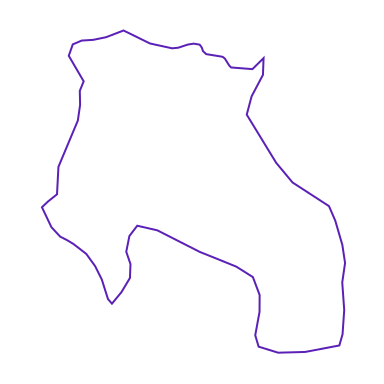 Zondoma, Equal Earth projection, rotated 268°
{"feature_id": "BFA-2818", "entity_name": "Zondoma", "entity_type": "Province", "adm_level": 1, "iso_a3": "BFA", "parent_name": "Burkina Faso", "parent_adm1": "", "projection": "equal_earth", "projection_center": [-2.349, 13.173], "detail": "fine", "context": "isolated", "style": "outline", "palette": "violet", "viewbox_px": 384, "rotation_deg": 268, "n_neighbors": 0, "source": "natural_earth", "source_scale": "10m", "svg_char_len": 962}
<svg xmlns="http://www.w3.org/2000/svg" viewBox="0 0 384 384"><g transform="rotate(268 192 192)"><path d="M323.3,268.2L306.6,267.0L285.5,254.9L267.4,249.4L218.3,277.1L198.0,292.8L173.1,328.4L158.3,334.2L133.9,340.4L115.7,342.5L96.4,339.0L68.7,340.0L44.6,337.5L33.5,333.9L28.2,299.5L28.4,272.5L35.1,253.2L46.6,250.2L69.8,255.3L86.7,256.0L104.8,249.9L115.9,233.6L131.9,197.6L154.9,156.0L160.2,136.1L150.2,127.9L134.6,124.2L122.1,128.0L108.3,127.0L94.4,118.0L83.2,108.1L87.9,104.3L107.7,98.8L121.3,92.6L133.8,84.2L144.1,71.8L148.1,65.7L152.0,58.7L161.7,50.3L182.0,41.5L187.5,47.7L194.4,57.0L221.8,59.4L267.4,80.4L282.9,83.2L297.0,83.4L306.4,87.6L332.4,73.6L343.7,78.0L347.2,87.1L347.5,98.6L349.7,111.5L355.8,129.2L341.9,155.2L336.3,177.1L336.7,183.4L339.5,193.0L340.2,198.9L339.0,204.8L336.1,206.8L332.4,207.9L329.3,211.0L326.2,226.7L325.7,227.8L324.2,229.5L317.1,233.6L315.1,235.4L312.7,256.7L323.3,268.2Z" fill="none" stroke="#5b21b6" stroke-width="2"/></g></svg>